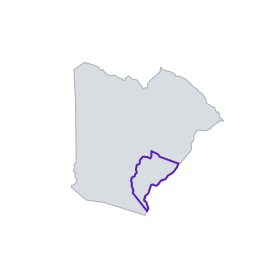 Illizi highlighted on a map of Algeria, rotated 52°
{"feature_id": "DZA-2188", "entity_name": "Illizi", "entity_type": "Province", "adm_level": 1, "iso_a3": "DZA", "parent_name": "Algeria", "parent_adm1": "", "projection": "robinson", "projection_center": [8.244, 27.011], "detail": "fine", "context": "in_parent", "style": "outline", "palette": "violet", "viewbox_px": 256, "rotation_deg": 52, "n_neighbors": 0, "source": "natural_earth", "source_scale": "10m", "svg_char_len": 5638}
<svg xmlns="http://www.w3.org/2000/svg" viewBox="0 0 256 256"><g transform="rotate(52 128 128)"><path d="M180.9,48.3L181.0,48.8L181.1,49.2L180.4,49.6L179.9,49.9L179.3,51.0L178.3,51.8L178.1,52.0L178.8,52.6L179.1,52.9L179.2,53.4L178.9,55.0L178.4,57.8L178.4,58.4L178.7,59.2L179.0,59.7L179.0,60.4L178.9,62.0L179.3,62.9L179.5,63.8L178.9,64.8L178.7,65.8L178.5,67.1L178.4,68.0L178.0,68.8L177.5,69.5L176.9,70.0L176.2,70.4L175.4,70.9L174.7,72.3L173.2,73.4L172.9,73.8L172.8,74.8L172.8,76.1L173.1,77.1L173.8,78.6L174.4,80.3L174.6,81.1L174.8,81.4L175.7,82.0L177.1,82.7L177.4,83.0L178.2,84.2L178.9,86.2L179.1,87.6L181.7,89.7L184.3,91.5L184.4,91.8L185.8,98.1L186.3,100.3L188.1,108.3L187.3,108.8L186.5,109.4L187.1,110.5L188.3,112.2L189.0,113.7L189.3,114.3L189.8,116.1L190.3,117.8L190.4,118.3L190.6,119.7L190.4,123.3L190.7,127.9L191.2,130.2L190.5,132.3L189.9,134.3L190.0,135.3L190.3,136.9L190.6,138.0L191.1,138.6L191.0,140.6L190.8,141.3L189.5,142.3L188.0,143.3L187.6,144.0L187.5,144.9L187.7,145.6L191.9,152.2L192.1,152.9L192.1,154.7L192.9,157.1L193.6,158.1L193.9,158.9L194.5,159.4L195.0,159.8L195.3,159.9L197.2,159.2L200.5,160.3L203.6,161.3L203.8,161.6L205.6,165.1L207.2,168.5L172.5,192.2L168.7,195.8L159.7,204.7L159.0,205.1L147.1,207.7L141.0,209.0L140.7,209.1L140.3,209.1L140.1,209.1L139.6,208.9L138.9,208.3L138.5,208.0L138.4,207.6L138.7,207.1L139.0,206.6L139.1,206.2L139.3,205.9L139.6,205.6L139.6,205.3L139.4,204.7L139.2,203.9L139.2,202.5L139.2,201.9L138.6,201.4L137.6,200.8L136.6,200.4L136.1,200.3L135.1,200.1L133.6,199.7L133.0,199.4L132.1,198.1L131.6,197.8L129.3,197.6L128.6,197.3L128.0,197.0L127.5,196.6L127.2,195.9L127.1,195.3L126.9,195.0L124.4,193.6L123.8,193.1L123.5,192.7L123.5,192.0L123.5,191.2L123.4,190.5L123.3,190.1L80.1,157.0L77.8,155.2L72.5,151.4L48.8,134.7L49.3,122.8L49.4,122.1L49.5,121.9L50.3,121.4L51.6,120.4L52.0,120.0L52.6,119.5L54.7,118.2L55.1,117.8L57.1,116.2L57.6,116.0L58.7,115.8L59.1,115.6L59.7,114.9L60.6,114.2L61.2,113.9L61.4,113.8L61.7,113.8L63.5,114.0L64.3,114.1L65.2,114.3L65.5,114.2L66.1,113.5L66.2,112.9L66.2,112.3L66.3,112.1L66.5,112.0L66.9,112.1L67.4,112.1L68.5,112.1L68.8,112.0L70.1,111.9L71.8,111.6L74.3,110.8L75.6,109.9L76.5,108.9L77.4,107.5L78.2,106.2L79.6,105.5L80.9,105.0L81.6,104.8L83.2,104.1L85.8,102.2L87.9,101.9L88.2,101.8L88.5,101.4L88.6,100.9L88.2,100.4L87.8,100.2L87.5,100.0L87.2,99.9L87.0,99.7L87.1,99.2L87.2,98.7L87.4,98.2L87.4,97.5L87.1,96.9L87.0,96.4L87.1,95.9L87.2,95.5L87.7,95.3L88.2,95.2L88.9,95.3L90.2,95.1L93.4,94.0L93.6,93.6L93.9,92.8L94.1,92.1L94.5,91.9L97.2,91.4L97.8,91.3L102.5,91.5L106.6,91.7L107.0,91.5L107.0,91.0L106.8,90.1L106.9,89.5L107.5,88.9L108.3,88.3L108.0,87.5L107.4,87.0L106.6,86.4L106.2,86.2L105.5,85.4L105.1,84.6L104.8,82.9L104.3,81.9L103.9,80.7L104.3,78.4L103.8,77.1L103.8,76.5L103.8,75.8L104.0,74.6L103.9,73.0L103.3,71.3L103.7,70.7L103.8,70.4L103.8,70.1L103.2,69.6L103.0,69.1L103.1,68.7L103.4,68.1L103.4,67.8L102.5,67.1L101.0,65.9L100.6,65.3L100.4,64.7L101.9,64.8L102.6,64.8L104.5,64.0L105.9,62.9L107.0,62.3L108.1,61.2L109.0,60.4L110.2,59.6L114.0,57.9L114.5,57.9L115.7,58.3L116.8,58.2L117.5,57.6L118.3,56.1L119.5,55.2L121.1,54.3L123.1,53.5L124.5,52.7L126.6,52.0L132.0,51.6L134.7,51.2L136.5,51.3L138.4,50.1L139.4,49.7L143.4,49.6L145.4,48.7L152.6,48.7L153.5,49.0L154.4,49.4L155.8,50.6L156.6,50.9L157.5,50.6L159.8,49.5L162.3,48.9L163.7,48.3L164.2,47.3L165.4,47.0L166.1,47.7L168.7,48.5L170.3,48.2L171.0,48.0L170.7,46.9L172.4,47.2L173.7,47.7L175.1,48.8L175.9,49.0L177.5,48.5L180.9,48.3Z" fill="#d9dde1" stroke="#a8b0b8" stroke-width="1"/><path d="M187.0,110.2L187.4,110.7L188.3,112.2L189.2,113.9L189.8,116.1L190.5,118.2L190.6,119.6L190.7,121.3L190.5,122.8L190.1,125.9L190.2,126.4L191.3,129.5L191.3,129.9L190.8,131.7L190.7,131.9L190.4,132.0L190.3,132.4L190.4,132.6L190.5,132.8L190.4,132.9L190.1,133.3L190.0,133.5L189.9,134.0L189.8,134.4L189.7,134.5L190.4,137.1L190.5,138.0L190.7,138.3L191.0,138.5L191.0,139.6L191.0,140.0L191.1,140.4L190.8,141.5L190.6,141.7L187.9,143.1L187.9,143.3L187.8,143.5L187.5,143.8L187.4,144.2L187.3,144.3L187.1,144.7L187.3,145.2L188.4,146.8L189.6,148.5L190.5,149.9L191.7,151.7L192.0,152.2L192.1,152.8L192.1,154.0L192.2,155.2L192.2,156.5L192.3,156.7L193.4,157.4L193.6,157.7L193.7,158.5L193.8,158.8L193.9,159.0L195.0,159.9L195.4,159.9L196.3,159.5L197.2,159.2L197.3,159.2L197.5,159.2L199.0,159.7L200.8,160.4L203.3,161.2L203.6,161.4L203.8,161.5L204.0,161.8L204.6,162.9L205.1,164.1L182.0,164.2L181.9,164.1L181.6,163.8L181.4,163.5L181.2,163.2L180.8,162.5L180.8,162.3L180.7,162.2L180.4,162.1L180.2,162.1L179.6,162.0L178.8,161.8L178.6,161.5L178.3,161.5L178.1,161.4L177.9,161.2L177.3,161.0L177.1,161.0L176.7,161.0L176.2,160.9L175.9,160.7L175.6,160.4L175.4,160.3L175.3,160.2L174.8,159.7L174.6,159.6L174.2,159.4L174.1,159.2L173.9,159.0L173.8,158.9L173.7,158.8L173.4,158.8L173.2,158.7L172.8,158.4L172.7,158.3L172.3,158.3L172.0,158.3L171.7,158.2L171.4,158.0L171.3,157.9L171.2,157.8L171.1,157.6L170.9,157.3L170.7,156.9L170.4,156.6L169.9,156.3L169.8,156.1L169.7,156.0L169.6,155.9L169.5,155.2L169.5,154.2L169.7,153.7L170.1,153.1L170.1,152.9L170.1,152.7L170.1,152.4L169.9,152.1L169.7,151.9L168.8,150.7L168.7,149.0L168.6,148.6L168.5,148.4L166.6,147.8L166.4,147.7L166.2,147.6L165.4,147.2L165.2,147.1L163.5,144.8L163.5,144.7L162.7,144.3L162.6,144.2L162.5,143.9L162.5,143.6L162.6,143.4L162.6,143.2L163.3,141.7L163.3,141.4L163.3,141.1L163.2,140.9L163.1,140.6L162.8,140.3L161.3,139.1L161.0,138.8L160.9,138.7L160.0,135.5L159.8,134.4L160.0,133.6L160.3,133.2L160.7,132.7L161.3,132.3L163.2,130.4L165.3,129.6L165.6,129.3L165.4,128.2L165.2,127.5L164.7,127.1L160.9,123.9L164.5,121.8L167.3,120.5L168.4,120.5L170.0,120.8L187.0,110.2Z" fill="none" stroke="#5b21b6" stroke-width="2"/></g></svg>